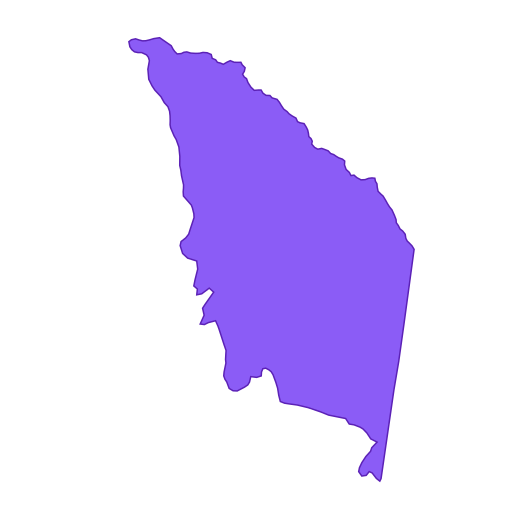 outline of São João do Tigre, Paraíba, Brazil, rotated 104°
{"feature_id": "56859067B66408797844540", "entity_name": "São João do Tigre", "entity_type": "district", "adm_level": 2, "iso_a3": "BRA", "parent_name": "Brazil", "parent_adm1": "Paraíba", "projection": "mercator", "projection_center": [-36.816, -8.117], "detail": "fine", "context": "isolated", "style": "filled", "palette": "violet", "viewbox_px": 512, "rotation_deg": 104, "n_neighbors": 0, "source": "geoboundaries", "source_scale": "gbopen_adm2", "svg_char_len": 2851}
<svg xmlns="http://www.w3.org/2000/svg" viewBox="0 0 512 512"><g transform="rotate(104 256 256)"><path d="M151.8,159.5L152.2,162.4L153.4,165.5L155.5,168.6L156.7,172.5L155.6,177.0L153.8,180.5L155.0,183.3L152.3,185.7L150.2,189.5L146.2,192.2L142.4,192.9L141.1,195.6L140.7,199.6L139.8,202.5L138.8,205.1L138.5,208.4L136.5,211.4L136.0,215.3L135.7,218.3L137.4,221.9L136.5,225.4L134.0,229.0L131.0,229.2L128.8,231.0L127.4,233.6L124.3,234.8L121.3,236.3L118.9,238.3L115.9,241.4L116.1,245.5L115.6,248.2L112.5,250.6L111.4,254.7L110.0,258.4L108.4,260.7L106.8,264.6L104.0,267.7L101.2,270.5L98.9,273.5L98.7,278.6L96.9,281.3L97.7,285.2L96.3,288.7L93.7,291.2L94.4,293.9L95.7,297.8L93.3,301.9L89.6,305.8L86.2,308.1L85.1,310.8L82.8,313.0L79.7,312.0L76.0,312.1L73.8,315.7L71.7,317.5L72.5,320.5L73.3,324.0L72.7,328.2L74.9,331.0L77.9,334.1L77.4,337.2L77.4,340.3L75.4,342.6L74.8,346.3L71.3,348.2L70.6,352.6L71.3,356.7L73.0,360.0L74.0,363.6L74.9,368.4L74.7,372.5L75.8,375.3L77.6,377.4L79.0,381.4L77.2,384.4L75.4,386.5L72.5,389.1L67.5,402.3L69.8,407.8L72.0,411.5L73.8,415.0L74.7,418.1L74.7,421.3L74.4,425.4L76.3,429.2L78.8,431.2L83.5,429.0L85.8,426.5L87.3,423.3L87.2,419.8L86.3,416.1L87.3,410.9L89.2,408.5L92.3,406.7L100.9,406.1L110.5,402.8L116.1,398.0L119.5,394.3L124.4,386.8L129.4,382.1L132.4,377.6L136.4,374.9L140.7,373.3L145.4,372.0L149.5,371.1L152.2,369.9L159.2,364.6L162.3,361.6L168.9,357.2L177.8,354.0L186.6,351.9L190.9,349.7L196.1,347.7L204.5,343.5L207.6,342.8L211.3,342.2L215.4,340.9L222.2,331.1L224.6,329.4L230.1,326.5L233.7,325.4L236.5,325.6L239.3,325.8L246.0,326.3L251.1,326.6L255.5,328.6L260.1,332.2L264.3,332.1L271.3,327.8L274.6,321.8L275.2,312.3L282.8,309.4L293.7,309.4L300.1,309.1L302.2,304.9L308.0,304.1L305.8,299.5L298.5,293.6L301.3,288.3L315.2,293.7L319.6,295.2L326.0,292.0L335.5,293.7L335.0,289.5L332.2,286.2L328.6,279.6L333.0,276.1L336.0,274.1L349.5,265.7L354.9,262.2L363.8,260.5L367.1,259.3L376.3,258.9L380.1,258.3L383.1,256.3L385.3,253.9L391.0,250.0L392.3,245.7L391.5,241.6L386.1,235.5L383.1,232.8L379.9,231.8L374.3,231.9L373.6,226.0L371.1,221.9L367.2,222.6L363.7,222.1L362.5,219.4L363.3,216.1L364.5,213.4L367.0,210.8L373.9,206.1L379.1,203.0L385.7,200.2L391.3,197.2L391.9,192.7L391.5,188.2L390.6,179.9L390.5,168.7L391.6,155.7L392.8,147.0L392.0,129.7L396.5,124.9L396.1,120.0L396.9,113.6L397.9,110.4L400.9,105.6L405.7,100.4L407.3,93.5L414.0,97.3L417.8,97.6L424.0,100.9L430.9,103.3L436.4,104.4L440.4,104.2L443.9,100.1L442.2,96.0L437.8,94.0L438.4,90.8L442.7,85.4L444.5,81.4L441.8,80.8L352.4,89.8L323.9,92.0L286.9,95.9L211.3,104.2L208.4,107.1L206.4,110.3L204.9,112.9L202.6,114.9L198.8,116.5L196.3,119.7L194.9,122.8L192.0,125.3L189.8,127.9L186.8,128.9L183.1,131.5L178.4,135.2L176.1,138.3L173.5,141.0L170.6,143.7L167.1,147.2L165.7,149.9L163.7,153.2L159.9,155.0L156.7,156.1L154.6,158.2L151.8,159.5Z" fill="#8b5cf6" stroke="#5b21b6" stroke-width="1.5"/></g></svg>